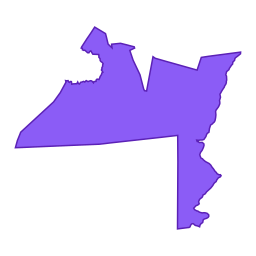 Pedro II, Piauí, Brazil (Mercator projection)
{"feature_id": "56859067B62049528503513", "entity_name": "Pedro II", "entity_type": "district", "adm_level": 2, "iso_a3": "BRA", "parent_name": "Brazil", "parent_adm1": "Piauí", "projection": "mercator", "projection_center": [-41.343, -4.536], "detail": "fine", "context": "isolated", "style": "filled", "palette": "violet", "viewbox_px": 256, "rotation_deg": 0, "n_neighbors": 0, "source": "geoboundaries", "source_scale": "gbopen_adm2", "svg_char_len": 2784}
<svg xmlns="http://www.w3.org/2000/svg" viewBox="0 0 256 256"><path d="M199.6,226.8L200.0,225.1L200.9,223.8L202.7,222.5L203.2,219.9L204.3,219.0L206.7,218.3L208.1,217.4L208.8,216.3L208.7,214.8L207.1,213.3L205.6,212.9L204.0,212.7L202.1,212.9L199.5,212.2L197.9,211.1L196.6,210.8L194.5,209.6L193.7,208.2L195.2,206.6L196.0,205.7L197.8,205.0L199.2,203.8L198.6,201.7L199.5,199.5L200.5,198.5L201.7,197.7L202.4,196.9L203.1,194.9L204.4,194.3L205.3,193.7L206.5,191.9L210.8,188.0L212.8,185.5L214.0,183.4L215.0,182.4L216.1,181.6L216.8,179.9L218.4,177.8L220.3,176.9L221.1,175.7L220.4,174.7L219.1,174.8L216.9,173.6L216.4,172.5L215.2,171.5L213.4,168.8L212.0,167.1L210.7,165.0L209.1,163.5L205.5,161.6L203.3,159.8L202.5,158.8L200.9,158.0L199.7,154.8L200.5,152.5L202.1,150.3L203.4,147.5L204.0,145.4L203.9,143.9L202.3,142.4L199.2,142.5L198.5,141.7L197.2,141.5L196.7,140.1L198.6,140.3L200.3,140.0L202.2,140.0L203.9,139.5L205.9,136.6L206.5,134.7L207.3,133.3L208.9,132.3L209.2,130.5L209.5,128.4L210.6,125.0L212.5,123.8L213.2,122.9L214.2,122.1L215.0,120.7L215.6,117.8L215.9,114.9L215.6,111.4L216.1,110.0L217.2,108.6L218.6,106.6L219.8,103.8L219.8,102.1L219.5,100.4L219.9,99.3L220.5,97.2L220.2,95.7L219.9,94.2L220.5,93.3L222.1,90.4L224.3,87.1L224.7,85.8L225.7,84.4L226.3,82.8L226.3,81.5L226.7,80.0L226.5,76.1L225.8,74.8L226.6,71.6L228.9,69.7L229.4,68.3L230.1,67.3L230.9,66.1L231.5,65.2L232.6,64.1L232.8,62.2L234.6,60.3L234.9,58.5L235.7,57.6L238.2,55.7L240.5,53.8L240.6,52.1L208.5,56.3L201.3,57.4L197.1,70.1L170.1,62.5L168.6,62.1L155.3,58.3L153.0,56.7L146.6,91.0L144.5,90.7L143.7,89.1L140.0,74.8L133.1,60.2L129.8,50.4L134.6,48.1L134.2,46.8L129.1,45.5L127.3,45.0L120.5,43.3L111.6,44.2L112.0,47.8L108.1,44.1L106.3,36.6L105.5,33.6L94.7,27.1L90.6,33.4L88.0,37.2L86.9,38.8L81.6,47.0L81.2,48.1L82.4,48.4L82.4,49.8L83.8,50.4L84.8,50.2L85.7,51.0L86.7,51.9L87.5,52.7L88.9,52.8L89.6,51.6L90.8,50.9L92.8,54.2L98.7,54.5L98.9,56.0L98.9,57.3L100.0,58.6L100.2,60.6L101.0,61.6L102.3,62.5L103.1,63.7L102.6,65.0L102.7,66.1L101.8,68.0L102.0,69.1L101.4,70.0L102.1,71.0L102.9,72.2L101.9,72.9L101.5,74.4L100.9,75.5L100.2,76.4L99.7,77.9L99.0,79.5L97.1,79.1L96.1,80.1L96.0,81.4L93.9,81.6L93.5,82.8L91.7,80.9L90.5,80.7L88.0,81.6L86.2,80.6L84.8,82.0L83.5,81.4L82.1,82.0L80.6,82.3L79.5,84.0L78.4,83.6L77.7,82.0L76.8,83.7L74.6,83.8L73.0,83.9L71.8,84.2L71.4,81.6L70.3,81.5L69.4,82.4L68.5,81.7L68.1,80.6L66.6,80.8L65.6,80.6L66.0,82.1L61.0,91.3L60.3,92.6L53.6,101.9L37.3,116.9L20.7,132.2L20.1,133.8L17.4,140.5L15.4,147.7L21.0,147.5L72.5,145.3L99.3,144.2L105.6,143.5L108.6,143.1L127.6,141.0L161.2,137.3L177.7,135.4L177.9,161.8L177.5,228.9L187.8,227.6L189.0,227.5L190.0,226.9L190.6,225.3L191.5,224.0L193.0,223.6L193.9,224.2L194.8,225.1L195.9,225.6L197.1,225.8L198.6,226.3L199.6,226.8Z" fill="#8b5cf6" stroke="#5b21b6" stroke-width="1.5"/></svg>